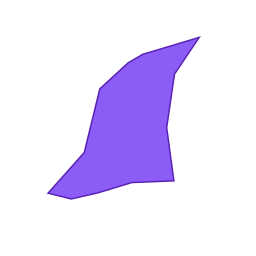 Šmartno ob Paki, Albers equal-area conic projection, rotated 71°
{"feature_id": "SVN-994", "entity_name": "Šmartno ob Paki", "entity_type": "Municipality", "adm_level": 1, "iso_a3": "SVN", "parent_name": "Slovenia", "parent_adm1": "", "projection": "albers", "projection_center": [15.03, 46.342], "detail": "fine", "context": "isolated", "style": "filled", "palette": "violet", "viewbox_px": 256, "rotation_deg": 71, "n_neighbors": 0, "source": "natural_earth", "source_scale": "10m", "svg_char_len": 315}
<svg xmlns="http://www.w3.org/2000/svg" viewBox="0 0 256 256"><g transform="rotate(71 128 128)"><path d="M65.5,31.2L92.2,66.5L140.2,91.3L192.9,101.8L180.8,142.3L179.6,176.5L176.6,204.8L163.6,224.8L136.9,177.3L81.8,141.9L66.4,106.6L63.1,90.0L65.5,31.2Z" fill="#8b5cf6" stroke="#5b21b6" stroke-width="1.5"/></g></svg>